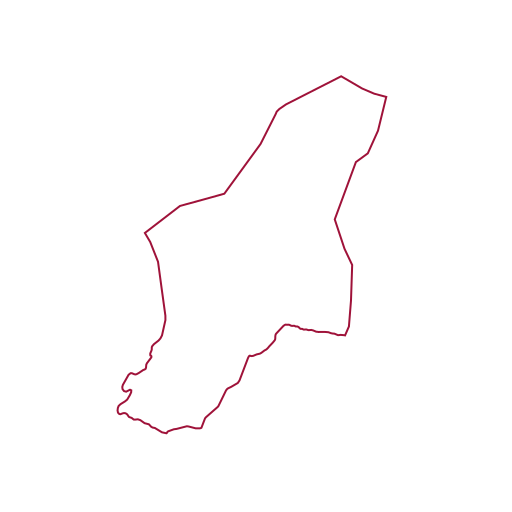 an SVG outline of Southern Darfur, rotated 21°
{"feature_id": "SDN-5856", "entity_name": "Southern Darfur", "entity_type": "State", "adm_level": 1, "iso_a3": "SDN", "parent_name": "Sudan", "parent_adm1": "", "projection": "robinson", "projection_center": [24.503, 10.891], "detail": "fine", "context": "isolated", "style": "outline", "palette": "rose", "viewbox_px": 512, "rotation_deg": 21, "n_neighbors": 0, "source": "natural_earth", "source_scale": "10m", "svg_char_len": 2560}
<svg xmlns="http://www.w3.org/2000/svg" viewBox="0 0 512 512"><g transform="rotate(21 256 256)"><path d="M193.0,386.7L192.4,385.5L192.2,384.7L192.3,381.9L192.2,380.7L191.4,378.5L191.4,377.5L192.3,374.9L195.3,369.9L196.3,367.2L196.7,363.8L194.4,348.3L192.8,344.2L179.7,320.4L166.6,296.5L152.2,280.8L144.0,274.3L167.1,236.5L187.4,221.6L204.1,209.2L220.1,149.8L223.5,116.6L223.6,113.8L225.1,110.4L229.7,103.7L271.1,57.7L295.1,61.6L308.2,62.1L320.6,60.8L325.0,95.3L323.6,120.1L315.6,132.5L316.4,193.6L336.0,217.5L349.0,229.9L360.7,263.7L368.0,288.5L367.6,298.2L366.8,298.3L363.3,299.3L361.6,300.2L360.9,300.5L360.3,300.5L357.1,300.4L356.6,300.5L355.4,300.9L353.6,301.2L351.0,301.2L350.6,301.3L347.2,302.3L341.4,304.6L341.1,304.6L340.1,304.9L339.2,305.1L336.1,305.0L335.1,305.1L334.2,305.2L333.0,305.7L332.3,306.1L331.5,306.4L330.6,306.5L330.0,306.5L329.1,306.6L328.7,306.8L327.2,307.5L326.8,307.6L326.4,307.6L325.5,307.5L325.1,307.5L324.3,307.8L323.9,308.0L323.4,307.9L322.9,307.9L322.5,307.7L321.7,307.3L321.3,307.1L320.3,307.0L319.8,307.0L319.2,307.2L318.5,307.5L318.0,307.6L317.1,307.4L316.6,307.5L314.7,308.3L313.8,308.5L311.8,308.3L310.9,308.5L309.8,309.0L308.5,309.4L308.0,309.6L307.5,310.2L306.7,311.3L302.8,320.9L302.5,321.8L302.5,322.6L302.7,323.6L302.8,324.0L303.4,325.7L303.7,326.6L303.7,327.1L303.7,327.7L303.6,328.2L302.7,330.9L300.7,335.7L300.2,337.3L299.5,338.9L298.9,339.9L297.8,341.1L295.7,344.5L294.6,345.8L291.9,347.6L289.2,350.2L288.5,350.6L287.8,351.0L287.0,351.2L286.2,351.2L285.9,351.3L285.6,351.7L285.3,352.2L285.1,354.1L285.2,378.0L285.0,379.0L284.5,381.1L279.6,387.2L277.3,389.6L276.7,390.6L276.2,392.2L274.7,409.4L274.6,409.9L274.3,410.7L267.1,424.4L266.6,425.8L266.6,426.3L266.6,435.9L266.1,436.5L265.3,437.0L261.5,438.5L254.3,439.3L252.5,439.7L243.8,445.9L241.4,447.2L236.9,451.1L236.4,451.8L236.2,453.1L235.9,453.6L231.4,454.3L223.2,452.8L221.0,453.2L219.4,453.0L216.3,451.5L211.9,452.0L206.9,450.7L204.2,450.8L201.7,452.1L200.4,452.5L197.9,451.7L195.3,451.8L194.3,451.3L193.1,450.4L191.9,449.8L190.5,449.6L189.1,449.9L188.0,450.6L186.1,452.3L185.0,452.5L183.3,451.7L182.1,449.8L181.5,447.4L181.5,445.2L182.6,442.9L185.8,438.7L187.2,436.2L188.1,431.1L188.3,428.0L187.7,426.1L186.3,426.0L183.4,429.2L181.2,429.4L179.1,428.1L178.1,426.2L177.9,424.0L179.6,412.6L180.0,411.9L180.9,410.4L182.1,409.9L184.7,410.0L185.9,409.8L186.9,409.1L188.6,407.1L191.6,402.8L192.7,401.9L193.4,400.8L193.3,399.5L192.5,396.8L192.6,395.2L194.6,388.2L194.5,387.6L194.1,386.9L193.6,386.7L193.0,386.7Z" fill="none" stroke="#9f1239" stroke-width="2"/></g></svg>